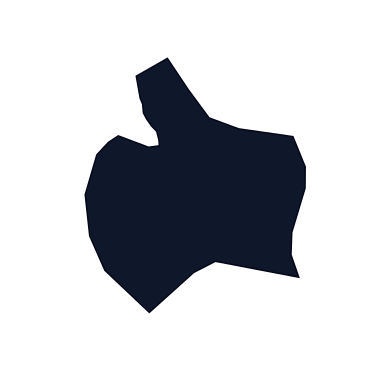 map outline of Gornja Radgona (Natural Earth projection), rotated 59°
{"feature_id": "SVN-927", "entity_name": "Gornja Radgona", "entity_type": "Municipality", "adm_level": 1, "iso_a3": "SVN", "parent_name": "Slovenia", "parent_adm1": "", "projection": "natural_earth1", "projection_center": [15.951, 46.64], "detail": "fine", "context": "isolated", "style": "filled", "palette": "ink", "viewbox_px": 384, "rotation_deg": 59, "n_neighbors": 0, "source": "natural_earth", "source_scale": "10m", "svg_char_len": 533}
<svg xmlns="http://www.w3.org/2000/svg" viewBox="0 0 384 384"><g transform="rotate(59 192 192)"><path d="M196.5,77.0L228.7,82.0L247.0,93.2L278.1,127.4L278.3,127.5L296.8,139.5L320.0,144.4L263.4,207.7L261.8,232.0L273.2,290.6L214.3,307.0L177.0,302.3L139.3,284.9L111.1,254.4L106.4,238.0L105.9,226.3L131.2,206.3L135.6,196.2L130.5,193.6L121.9,191.0L114.5,192.7L105.9,193.3L99.2,192.9L91.1,189.0L84.9,188.1L64.0,180.1L64.8,144.3L102.6,142.5L137.3,139.2L161.8,119.6L196.5,77.0Z" fill="#0f172a" stroke="#020617" stroke-width="1.5"/></g></svg>